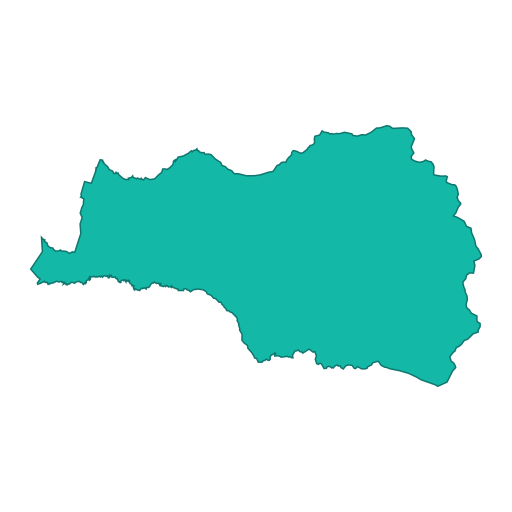 Florida, Valle del Cauca, Colombia
{"feature_id": "7082276B72857503251060", "entity_name": "Florida", "entity_type": "district", "adm_level": 2, "iso_a3": "COL", "parent_name": "Colombia", "parent_adm1": "Valle del Cauca", "projection": "mercator", "projection_center": [-76.226, 3.3], "detail": "fine", "context": "isolated", "style": "filled", "palette": "teal", "viewbox_px": 512, "rotation_deg": 0, "n_neighbors": 0, "source": "geoboundaries", "source_scale": "gbopen_adm2", "svg_char_len": 6038}
<svg xmlns="http://www.w3.org/2000/svg" viewBox="0 0 512 512"><path d="M455.7,367.6L455.1,365.5L453.6,363.0L451.1,361.0L449.8,356.7L453.1,352.5L454.9,351.1L456.3,347.6L458.8,346.5L461.3,344.5L464.3,340.4L467.7,339.2L473.3,333.7L478.1,332.1L478.3,329.9L480.1,326.7L480.1,323.4L477.9,322.2L476.9,320.8L476.9,315.9L471.4,313.3L469.1,309.6L467.8,308.8L466.4,306.9L466.1,304.3L467.4,299.4L467.0,296.1L465.1,291.9L465.0,289.5L463.8,287.1L462.8,282.2L465.8,278.7L466.5,275.2L469.6,272.9L473.5,273.1L474.9,265.4L473.9,261.1L479.2,258.8L481.3,256.5L481.2,254.6L477.9,248.5L475.9,246.2L474.6,239.9L471.6,232.7L471.0,228.2L466.5,226.4L464.2,221.3L457.7,217.5L453.3,215.9L455.8,213.0L458.1,207.4L460.7,204.1L460.7,203.3L458.0,200.2L457.7,198.3L456.9,197.5L458.3,194.4L457.3,189.2L456.0,186.0L454.7,184.8L452.1,184.7L446.9,182.6L446.2,180.9L447.3,176.7L446.0,176.0L440.6,176.1L434.0,174.9L433.6,173.2L434.0,166.5L432.8,163.8L431.1,161.8L428.1,161.2L425.6,160.0L422.9,161.7L419.2,162.3L415.0,161.1L411.6,159.3L411.1,156.6L413.8,153.0L411.4,148.1L411.3,146.6L414.5,138.7L411.5,134.5L411.1,131.6L407.7,128.2L402.4,127.9L392.6,128.4L389.6,126.2L386.8,125.7L379.9,127.9L376.4,128.1L370.9,132.5L365.5,135.0L361.7,134.7L357.6,136.1L353.0,135.5L351.8,133.8L344.5,132.3L339.5,133.7L336.3,133.5L333.5,134.2L331.7,133.5L330.1,134.1L328.3,132.8L323.9,132.1L322.1,130.9L319.6,135.1L315.0,136.2L314.3,138.9L314.6,142.5L313.8,143.9L312.4,145.0L309.9,145.6L309.4,147.0L308.4,147.3L307.1,149.4L303.1,152.6L300.9,153.3L296.0,151.1L293.2,150.6L291.9,152.3L291.3,155.2L288.5,157.7L286.6,160.3L286.1,162.2L283.1,162.1L281.2,162.7L279.4,164.7L277.1,165.4L273.0,171.5L269.0,172.1L260.1,174.9L254.6,175.7L246.6,175.8L238.1,173.7L234.3,173.8L231.6,170.6L228.0,169.3L225.2,166.6L222.0,165.5L220.7,162.5L215.4,159.1L211.1,154.7L208.8,154.1L205.1,154.3L204.0,152.6L201.7,152.7L199.2,151.8L198.6,150.7L197.5,150.6L196.9,148.8L195.6,150.1L193.5,150.5L192.3,151.8L191.3,150.8L188.4,153.3L183.3,156.0L178.1,157.1L176.4,160.2L175.9,160.2L175.7,159.7L175.3,160.0L175.3,161.3L174.4,160.3L173.4,161.4L173.3,163.5L172.4,165.2L169.7,167.8L166.9,169.5L165.1,168.9L162.7,169.0L161.7,172.4L158.2,175.2L155.5,178.1L154.0,179.0L149.8,179.6L145.4,177.6L143.6,179.8L142.5,179.7L141.2,178.2L140.2,179.3L137.4,178.0L136.7,178.8L133.1,177.4L132.7,175.9L131.3,177.5L128.4,178.2L128.8,179.0L128.3,179.6L125.2,179.4L122.8,178.3L118.6,174.5L118.2,173.0L116.6,173.2L116.0,172.3L115.1,173.6L113.9,173.6L112.5,171.0L109.4,169.7L107.7,166.8L104.1,163.6L103.5,161.9L102.6,161.8L102.7,160.3L100.2,159.7L97.1,167.2L95.9,168.0L96.4,168.4L95.7,170.2L96.0,170.4L91.3,183.3L84.6,181.6L81.0,194.1L81.4,196.4L80.6,197.2L83.8,198.7L83.3,204.6L81.8,207.7L80.2,213.2L82.2,217.5L80.1,223.9L80.8,233.6L74.7,252.4L72.6,251.8L69.1,253.4L66.6,251.5L63.6,251.0L62.1,251.4L60.5,250.0L58.5,251.0L55.6,251.0L53.8,249.7L52.8,248.0L50.3,247.7L47.9,245.9L47.0,243.0L44.2,241.2L44.9,240.0L43.1,239.2L41.5,237.4L42.4,251.7L30.7,269.1L37.7,277.2L40.2,278.9L37.3,283.0L37.8,284.3L41.3,283.0L42.9,281.8L43.9,282.0L44.3,281.3L45.5,282.5L47.4,282.3L47.9,284.1L48.6,283.8L49.0,284.3L49.5,283.6L50.5,283.7L51.4,282.9L52.8,283.1L56.5,281.2L58.6,282.0L61.7,281.4L62.0,282.3L63.6,282.3L63.3,284.1L64.7,282.7L64.9,283.7L66.3,283.6L66.1,284.6L67.4,284.9L68.6,283.8L69.6,283.9L70.9,282.4L73.3,282.5L74.3,283.3L76.7,281.7L79.4,281.4L80.4,282.4L81.7,282.4L83.4,284.5L84.1,283.6L85.2,283.7L85.1,282.5L86.3,282.7L86.3,280.8L88.3,279.5L89.4,280.3L90.4,279.2L90.5,278.2L89.2,278.6L88.8,278.2L89.5,277.6L89.6,276.6L93.2,276.8L93.7,276.2L95.9,277.2L96.5,276.6L97.7,277.0L99.4,276.1L100.3,277.0L101.5,276.1L102.5,277.2L104.0,275.6L106.4,276.4L107.2,275.7L107.8,276.1L108.1,277.7L108.9,277.9L109.6,277.0L109.5,275.5L110.5,276.2L110.4,275.4L110.9,275.1L112.2,277.4L115.3,277.0L115.5,278.0L116.7,278.9L117.5,278.6L118.2,281.4L120.2,282.6L120.7,282.4L120.1,281.6L122.8,279.9L123.6,279.9L123.9,280.7L125.0,279.9L126.0,282.0L126.5,280.3L127.8,281.2L128.4,280.2L129.2,280.5L129.7,281.1L129.1,281.8L130.0,283.4L132.3,284.9L131.9,285.7L134.0,285.8L133.3,287.1L134.0,289.5L134.6,290.0L134.9,288.6L137.7,290.1L139.7,290.5L141.4,288.2L142.1,288.6L144.5,287.9L146.1,289.0L146.5,287.3L148.0,287.6L149.4,286.9L151.1,283.9L152.9,282.7L153.4,283.1L154.5,282.0L156.5,283.5L157.5,283.2L159.1,283.6L159.6,284.9L160.2,284.3L159.8,283.4L160.2,283.4L160.9,283.9L160.3,285.7L163.6,286.6L164.6,285.7L165.7,286.6L166.9,285.4L168.5,287.0L169.9,286.4L171.3,287.4L171.7,286.0L173.0,287.4L176.7,288.9L178.0,288.9L178.3,290.5L183.5,290.5L183.9,288.9L186.3,288.7L186.9,289.8L189.2,290.5L190.4,291.8L193.0,290.0L195.1,289.3L196.4,289.5L197.1,288.9L203.2,289.8L206.4,291.8L207.3,293.9L211.1,295.3L213.7,298.3L215.7,298.6L219.0,302.2L221.1,302.3L221.9,304.3L223.9,306.1L224.2,307.3L225.5,308.2L226.8,310.6L228.7,310.8L230.0,311.9L232.6,312.9L233.4,314.3L234.7,315.0L235.4,316.4L236.5,317.0L237.4,319.0L237.1,320.6L238.9,323.8L238.6,324.7L239.7,328.4L239.7,330.2L242.1,334.3L241.9,340.1L244.1,343.0L247.4,345.3L248.0,348.5L251.5,352.3L254.1,356.3L254.4,357.8L256.8,358.7L258.2,362.1L262.1,362.2L263.2,360.7L265.0,360.3L266.1,359.1L268.1,360.3L269.3,360.3L270.3,359.1L270.0,357.4L270.9,355.5L275.1,352.9L275.6,353.5L274.5,355.2L274.8,356.1L277.3,355.7L279.4,356.1L281.3,357.2L287.5,356.3L288.5,357.1L290.0,356.7L291.2,357.6L292.9,357.9L292.5,355.2L295.0,351.0L296.9,350.8L298.2,349.9L299.9,351.6L302.2,352.2L302.8,353.1L309.1,349.1L313.0,352.1L315.2,351.8L315.5,353.8L316.5,355.7L315.3,359.2L316.7,363.6L318.2,364.4L320.0,363.3L321.3,363.7L324.1,368.6L326.5,368.2L326.8,367.0L328.3,366.5L330.0,366.5L331.5,367.9L332.3,367.5L333.2,368.0L334.8,366.1L337.1,365.0L338.5,366.1L340.1,365.8L340.9,367.5L343.2,369.0L346.0,365.6L349.3,364.9L352.3,365.5L354.1,368.3L355.5,368.6L357.5,366.6L361.7,368.9L365.6,368.8L367.1,368.2L367.6,366.8L371.5,364.9L372.7,362.8L377.9,361.3L379.1,362.3L381.0,365.2L384.7,367.2L386.2,367.3L390.0,368.8L399.6,370.7L408.4,373.3L416.2,376.9L421.1,379.8L435.6,384.9L437.7,386.3L447.0,382.1L452.6,371.0L455.7,367.6Z" fill="#14b8a6" stroke="#0f766e" stroke-width="1.5"/></svg>